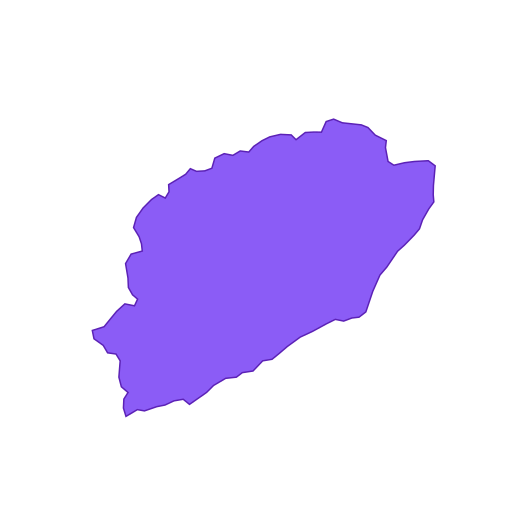 Pitangueiras, Paraná, Brazil, rotated 235°
{"feature_id": "56859067B16453032256709", "entity_name": "Pitangueiras", "entity_type": "district", "adm_level": 2, "iso_a3": "BRA", "parent_name": "Brazil", "parent_adm1": "Paraná", "projection": "robinson", "projection_center": [-51.57, -23.208], "detail": "fine", "context": "isolated", "style": "filled", "palette": "violet", "viewbox_px": 512, "rotation_deg": 235, "n_neighbors": 0, "source": "geoboundaries", "source_scale": "gbopen_adm2", "svg_char_len": 1449}
<svg xmlns="http://www.w3.org/2000/svg" viewBox="0 0 512 512"><g transform="rotate(235 256 256)"><path d="M212.0,441.8L227.1,454.5L235.2,451.8L242.5,440.1L247.2,431.2L251.3,421.0L257.7,418.4L270.5,424.2L275.8,428.9L286.6,423.0L297.0,421.4L303.0,417.5L315.6,403.1L323.6,398.1L325.9,390.6L319.9,380.6L324.2,374.7L328.9,367.2L328.3,355.5L335.0,354.3L341.6,345.8L345.7,335.6L347.0,327.1L347.1,317.0L345.3,309.7L351.1,303.3L351.7,294.8L358.1,288.6L359.8,278.4L353.2,270.2L355.1,262.9L359.5,255.8L365.2,252.3L363.3,245.3L363.9,235.1L364.6,225.4L358.5,221.6L355.5,214.9L362.2,211.3L362.2,202.8L360.1,191.1L356.2,180.2L349.5,172.0L338.8,171.3L331.7,169.2L325.3,165.7L329.2,154.8L324.6,144.8L311.4,138.5L303.4,133.4L295.0,132.6L288.6,134.3L284.9,127.9L292.0,121.1L290.6,110.1L288.2,101.5L285.2,91.0L288.9,79.2L281.1,75.8L270.4,79.6L261.8,78.9L256.0,85.1L248.0,84.6L241.5,79.2L235.4,74.2L226.1,70.7L217.6,72.9L214.6,65.7L207.5,60.2L199.2,57.5L198.2,70.7L193.1,75.8L189.5,88.3L186.1,96.0L184.4,105.7L180.4,114.2L172.6,116.4L172.6,127.2L172.6,137.3L174.3,147.0L173.2,161.0L168.0,170.4L168.3,177.9L163.5,187.6L166.3,201.3L162.2,209.9L162.9,219.5L163.9,229.7L164.2,245.8L161.8,259.4L160.1,274.6L158.6,284.6L152.4,290.5L150.2,299.0L146.8,305.3L147.2,313.9L160.1,331.4L169.3,346.6L171.9,356.8L178.7,374.7L179.8,383.9L182.4,397.6L184.5,405.5L190.1,413.2L195.5,424.6L198.3,432.7L204.5,436.3L212.0,441.8Z" fill="#8b5cf6" stroke="#5b21b6" stroke-width="1.5"/></g></svg>